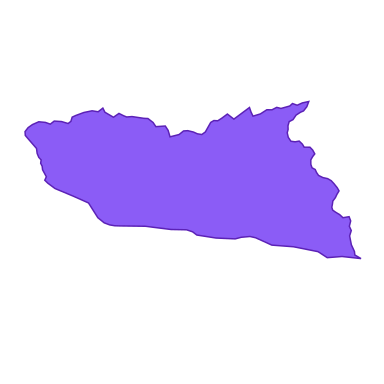 Sentinela do Sul, Rio Grande do Sul, Brazil (Robinson projection), rotated 77°
{"feature_id": "56859067B78209847482393", "entity_name": "Sentinela do Sul", "entity_type": "district", "adm_level": 2, "iso_a3": "BRA", "parent_name": "Brazil", "parent_adm1": "Rio Grande do Sul", "projection": "robinson", "projection_center": [-51.619, -30.633], "detail": "fine", "context": "isolated", "style": "filled", "palette": "violet", "viewbox_px": 384, "rotation_deg": 77, "n_neighbors": 0, "source": "geoboundaries", "source_scale": "gbopen_adm2", "svg_char_len": 1805}
<svg xmlns="http://www.w3.org/2000/svg" viewBox="0 0 384 384"><g transform="rotate(77 192 192)"><path d="M157.8,324.7L169.3,308.7L179.4,295.3L195.9,289.5L202.3,284.5L205.6,279.5L207.5,274.9L208.8,270.0L214.8,245.5L223.8,220.9L227.6,205.8L230.9,200.4L235.0,197.0L242.2,179.1L244.7,170.2L247.4,160.4L247.2,154.2L248.4,145.5L250.9,140.3L261.7,126.2L268.2,105.4L276.5,87.0L278.5,82.6L286.4,75.0L288.6,60.3L294.9,42.3L290.0,47.5L286.5,47.1L279.3,48.6L270.2,48.3L265.4,45.5L260.8,46.4L255.9,43.9L251.4,44.5L251.0,50.7L247.4,53.1L244.0,56.6L241.3,59.0L238.3,59.2L235.4,57.9L232.5,56.8L229.7,53.5L227.0,51.4L224.0,48.5L220.6,49.5L215.8,51.8L212.3,53.8L209.5,56.8L207.4,61.2L204.3,65.0L200.9,66.3L197.8,66.9L195.4,69.6L191.8,70.0L187.4,69.0L184.6,66.4L182.5,63.8L178.2,65.0L174.9,67.0L173.6,72.6L170.2,73.7L166.5,76.1L166.3,80.2L164.8,84.2L160.4,85.9L155.7,85.9L152.7,84.3L149.1,83.6L145.3,81.5L144.2,77.3L140.5,73.3L138.7,68.4L138.1,65.1L134.7,60.9L130.1,57.9L130.0,64.4L131.1,70.0L128.4,74.2L130.2,77.4L130.4,81.8L130.6,86.5L128.6,90.4L129.9,95.6L128.7,100.6L131.3,107.8L131.8,115.5L127.4,116.5L122.6,117.0L130.4,134.8L124.0,140.0L126.8,146.4L128.4,150.9L127.3,154.6L128.4,158.1L136.5,165.5L138.2,169.5L136.5,173.7L133.9,177.1L131.3,182.3L130.6,186.5L133.1,191.7L133.3,201.0L126.6,201.4L121.7,203.2L120.2,212.5L115.5,214.3L110.5,218.4L109.4,222.3L105.0,233.5L104.2,238.8L102.3,241.5L99.0,245.5L101.5,251.7L94.7,258.9L90.2,260.0L92.7,265.4L90.4,271.1L90.2,279.5L91.3,288.1L92.1,291.9L95.9,294.1L97.4,297.3L94.0,303.3L91.9,310.3L94.0,314.8L91.2,319.2L89.1,325.5L90.4,332.3L92.4,337.2L95.6,341.1L99.4,341.7L103.1,339.8L114.6,333.7L119.6,334.2L123.8,333.5L126.8,331.8L130.0,333.0L133.2,332.2L136.7,332.6L144.4,330.5L147.4,332.8L151.0,330.5L157.8,324.7Z" fill="#8b5cf6" stroke="#5b21b6" stroke-width="1.5"/></g></svg>